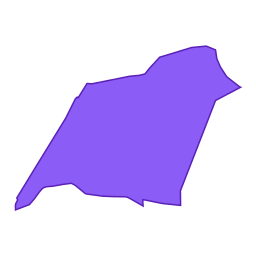 outline of Bwari, Federal Capital Territory, Nigeria
{"feature_id": "59680162B85175001165051", "entity_name": "Bwari", "entity_type": "district", "adm_level": 2, "iso_a3": "NGA", "parent_name": "Nigeria", "parent_adm1": "Federal Capital Territory", "projection": "natural_earth1", "projection_center": [7.401, 9.25], "detail": "fine", "context": "isolated", "style": "filled", "palette": "violet", "viewbox_px": 256, "rotation_deg": 0, "n_neighbors": 0, "source": "geoboundaries", "source_scale": "gbopen_adm2", "svg_char_len": 956}
<svg xmlns="http://www.w3.org/2000/svg" viewBox="0 0 256 256"><path d="M180.6,205.4L180.4,190.8L186.9,174.1L203.3,132.0L215.5,100.5L240.6,87.2L239.2,86.5L226.8,76.8L220.4,67.0L216.9,59.0L215.5,49.9L206.3,46.1L191.7,47.5L159.7,57.2L150.3,67.4L149.8,67.9L145.0,73.9L139.6,75.3L129.3,76.3L111.5,79.9L91.9,83.8L87.0,83.5L78.9,96.6L78.2,97.7L77.2,97.1L75.4,98.8L66.1,117.4L65.7,118.2L59.0,129.1L36.5,165.7L29.6,177.0L22.6,188.5L17.3,197.1L16.8,198.0L17.1,198.8L17.7,199.8L17.5,200.1L16.7,201.9L16.2,202.7L15.8,203.6L15.4,205.3L15.4,206.3L15.4,206.9L15.5,207.8L15.5,208.6L15.5,209.9L26.2,205.8L29.4,204.6L31.4,202.3L34.3,198.9L39.2,192.2L42.0,188.9L44.1,187.4L47.0,186.7L53.4,186.1L62.4,184.5L62.6,184.4L66.1,184.0L71.3,183.3L74.9,185.1L80.1,189.3L85.3,193.6L87.3,194.1L102.9,196.2L112.8,196.6L125.7,196.8L128.3,197.6L131.9,199.6L143.1,206.0L143.0,204.6L142.8,201.3L143.1,199.6L162.4,203.5L180.6,205.4Z" fill="#8b5cf6" stroke="#5b21b6" stroke-width="1.5"/></svg>